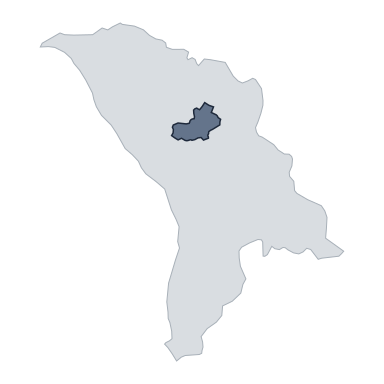 where Teleneşti sits in Moldova
{"feature_id": "MDA-1648", "entity_name": "Teleneşti", "entity_type": "District", "adm_level": 1, "iso_a3": "MDA", "parent_name": "Moldova", "parent_adm1": "", "projection": "equal_earth", "projection_center": [28.447, 47.584], "detail": "fine", "context": "in_parent", "style": "filled", "palette": "slate", "viewbox_px": 384, "rotation_deg": 0, "n_neighbors": 0, "source": "natural_earth", "source_scale": "10m", "svg_char_len": 2565}
<svg xmlns="http://www.w3.org/2000/svg" viewBox="0 0 384 384"><path d="M40.3,47.0L42.2,43.2L60.0,33.0L64.6,34.7L73.9,35.1L92.7,34.7L102.1,28.0L107.8,29.9L112.5,26.8L120.3,23.0L121.4,23.8L122.4,24.4L134.4,26.1L143.4,29.8L149.5,35.4L155.7,38.9L162.1,40.2L165.7,43.0L166.4,47.3L172.4,49.4L183.8,49.3L188.6,52.1L186.9,57.8L188.0,59.7L192.1,57.7L195.1,59.4L196.7,63.6L198.5,65.6L204.3,59.0L210.4,59.7L225.2,62.4L233.2,76.1L238.1,81.0L242.4,83.0L247.9,80.9L252.7,78.3L255.5,79.5L261.5,88.6L263.0,100.5L262.9,105.3L260.9,113.3L257.9,122.0L255.5,127.6L256.5,132.1L258.7,135.8L262.2,137.1L273.8,144.7L278.1,150.0L284.3,154.0L289.1,154.2L291.6,156.4L292.5,159.1L291.9,165.9L289.2,172.3L289.6,176.4L293.8,181.3L294.3,186.9L294.6,190.6L296.9,193.4L307.5,199.6L321.3,205.7L324.8,210.9L327.0,217.4L326.4,228.5L325.6,238.2L343.7,251.2L341.6,253.6L338.9,256.2L321.7,258.2L318.2,259.3L310.7,249.5L306.7,248.3L303.1,251.9L298.8,253.9L293.6,252.9L288.0,249.9L285.2,247.7L282.9,247.5L279.4,249.6L274.8,248.7L271.8,246.3L267.4,254.6L264.8,256.3L263.1,256.1L262.7,242.0L261.4,239.8L257.9,239.5L249.6,242.9L241.6,247.2L239.0,251.0L239.2,258.0L240.4,266.3L245.9,278.9L242.9,284.4L240.8,293.1L232.3,301.2L222.6,305.9L221.8,315.5L216.4,322.1L207.2,328.6L201.1,336.6L202.6,342.0L203.0,347.1L202.0,350.6L201.7,353.3L199.3,354.5L185.2,355.5L181.2,357.2L176.6,361.0L172.2,353.8L167.8,347.5L164.6,344.1L165.9,342.6L169.5,340.8L172.0,338.7L171.7,331.2L169.9,322.6L168.2,318.5L168.0,312.0L166.8,301.9L168.6,283.1L175.6,259.6L179.5,248.0L177.7,241.6L179.1,226.7L176.1,219.4L171.4,209.8L164.7,189.0L156.2,181.7L145.8,173.8L141.4,167.8L138.4,161.2L132.3,154.7L125.2,148.6L116.8,133.6L112.4,126.9L111.1,125.0L101.5,115.4L96.4,106.8L93.9,99.7L92.5,93.1L85.8,80.1L79.7,70.3L73.9,63.4L71.3,58.5L64.5,52.3L54.8,47.4L48.5,46.6L40.3,47.0Z" fill="#d9dde1" stroke="#a8b0b8" stroke-width="1"/><path d="M204.7,102.6L208.9,105.3L213.5,106.9L211.3,112.5L216.2,114.8L217.3,115.9L218.1,117.6L220.6,119.3L219.9,121.8L219.8,124.9L212.5,129.4L210.6,130.3L208.8,131.6L208.6,132.7L208.6,133.8L207.9,134.8L207.8,135.9L208.4,136.9L208.4,138.2L203.5,140.1L201.1,137.5L198.0,137.9L194.9,139.6L191.9,140.3L191.0,139.8L190.2,139.8L187.8,140.6L186.4,140.7L185.1,140.4L181.5,138.3L178.1,139.9L174.8,137.9L171.6,135.6L173.1,132.9L173.4,129.5L172.4,127.2L173.3,125.0L178.0,123.0L186.2,123.9L189.2,123.3L189.7,122.2L190.0,120.9L191.0,119.7L192.2,119.0L194.2,118.7L194.5,116.6L193.8,113.4L193.6,110.1L194.9,108.8L196.7,108.1L198.1,109.0L199.6,109.7L202.2,106.5L204.7,102.6Z" fill="#64748b" stroke="#1e293b" stroke-width="1.5"/></svg>